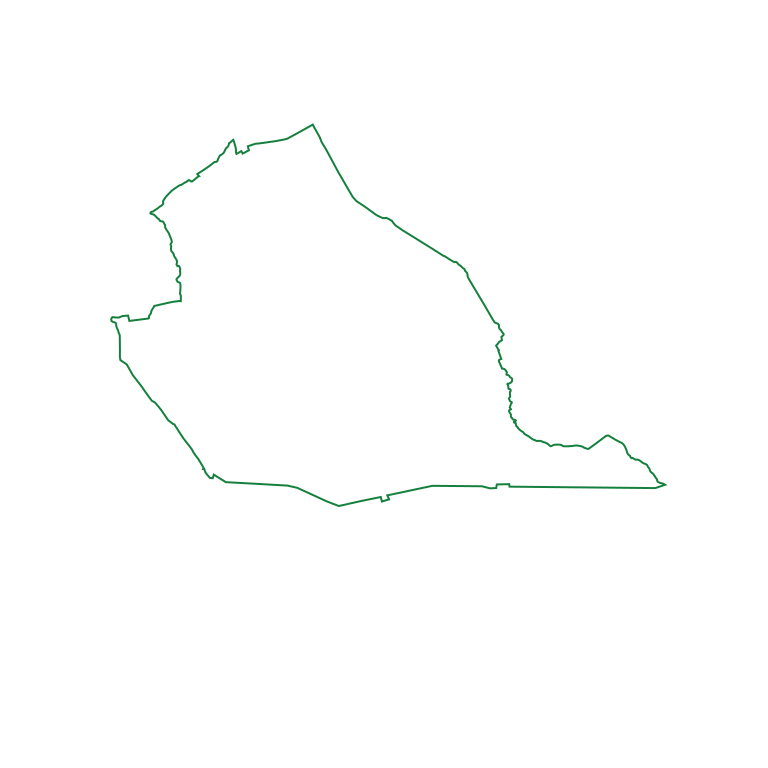 the district of Poieni-Solca, Suceava, Romania, rotated 214°
{"feature_id": "2599482B63167741030022", "entity_name": "Poieni-Solca", "entity_type": "district", "adm_level": 2, "iso_a3": "ROU", "parent_name": "Romania", "parent_adm1": "Suceava", "projection": "albers", "projection_center": [25.88, 47.689], "detail": "fine", "context": "isolated", "style": "outline", "palette": "green", "viewbox_px": 768, "rotation_deg": 214, "n_neighbors": 0, "source": "geoboundaries", "source_scale": "gbopen_adm2", "svg_char_len": 6152}
<svg xmlns="http://www.w3.org/2000/svg" viewBox="0 0 768 768"><g transform="rotate(214 384 384)"><path d="M615.9,256.4L608.3,256.4L602.8,253.7L597.0,250.8L584.4,246.7L575.3,243.2L567.2,240.3L565.6,240.4L563.6,240.6L562.2,240.2L559.5,239.5L554.0,237.8L542.7,233.3L536.6,232.9L535.0,233.3L533.9,232.6L530.9,231.5L527.9,230.1L524.5,228.7L519.8,226.7L510.8,223.8L506.6,222.3L504.0,220.9L500.1,219.3L496.3,218.1L490.8,215.6L487.6,214.1L486.5,213.1L486.4,212.5L485.7,213.2L482.4,210.7L476.0,208.8L473.3,210.1L474.4,213.7L460.2,214.2L435.8,228.8L407.2,245.8L397.9,249.4L365.2,254.8L353.2,257.6L338.5,273.2L323.5,288.5L320.0,285.4L315.3,291.2L319.0,293.5L287.0,326.6L245.6,354.0L237.9,356.7L232.8,360.5L234.3,363.8L224.2,371.0L222.5,369.1L100.9,449.4L94.6,457.6L96.7,457.5L100.0,456.3L101.9,456.0L102.7,456.1L103.8,456.9L104.4,457.6L107.0,458.5L110.5,460.0L113.8,460.3L114.9,460.8L116.3,462.0L117.0,462.4L118.6,462.8L119.8,463.5L120.7,464.0L122.7,463.9L124.7,463.3L127.9,463.5L130.5,463.5L131.5,463.1L133.1,462.0L134.1,461.8L136.6,461.7L137.3,461.0L138.2,461.0L140.1,462.0L142.0,462.1L143.7,462.8L146.3,465.0L149.2,466.8L151.3,467.7L154.1,468.2L155.7,467.8L158.1,467.5L161.4,467.2L169.2,466.8L171.0,465.1L171.3,464.0L175.4,452.1L178.1,444.7L178.8,444.1L182.4,443.1L184.4,443.1L187.6,441.9L189.7,440.9L191.8,439.3L193.4,437.7L194.9,436.7L196.0,435.7L198.3,434.1L200.3,432.8L201.3,432.6L202.9,432.6L204.0,432.2L206.8,430.4L208.2,429.4L209.4,428.2L210.0,427.0L210.5,426.1L211.1,425.6L211.7,425.5L212.6,425.7L214.3,425.9L215.6,425.9L218.3,425.4L219.4,424.9L219.7,424.7L221.2,424.7L222.3,424.4L223.8,423.5L225.6,422.1L226.8,421.9L227.9,421.8L228.9,421.4L230.5,421.3L232.5,421.4L234.6,421.5L236.2,421.4L238.3,421.2L239.8,421.2L240.3,421.3L241.4,421.9L243.4,421.8L245.7,421.9L247.0,422.2L247.8,422.2L248.9,422.9L250.5,423.1L251.1,423.3L251.7,424.0L252.3,424.4L252.7,425.0L253.1,425.3L253.6,425.3L254.0,424.9L254.4,424.8L255.0,425.0L255.1,425.4L254.6,426.5L254.2,427.2L254.3,427.5L254.8,427.6L255.4,427.4L257.6,426.7L258.3,427.1L258.9,427.4L259.8,427.5L260.4,427.8L261.3,429.0L262.0,429.9L262.9,430.2L264.1,430.7L264.5,431.0L265.2,431.4L265.3,431.8L265.5,432.5L265.2,433.2L264.7,433.8L264.6,434.0L264.9,434.2L265.6,434.5L266.0,434.6L266.7,435.0L267.1,436.5L267.4,437.8L267.6,438.4L267.6,439.3L267.5,439.8L267.9,440.3L268.8,440.3L269.8,440.2L270.6,440.6L271.1,441.1L272.2,441.6L272.4,442.0L272.4,442.9L272.2,443.7L272.3,444.0L272.6,444.6L273.5,445.4L274.7,447.2L275.0,447.7L275.2,448.5L275.1,449.2L275.9,450.0L276.7,450.2L277.6,449.8L278.2,449.8L278.7,450.2L279.5,451.4L280.0,452.0L280.8,452.5L281.7,452.9L281.7,453.3L280.9,454.1L280.3,454.7L279.5,456.4L279.4,457.5L279.5,458.1L280.0,458.9L280.3,459.6L280.7,459.9L281.2,460.1L282.1,460.2L282.6,460.2L283.2,460.1L284.0,460.5L284.3,460.7L285.1,460.8L285.8,460.8L286.8,460.5L287.1,460.4L287.7,460.3L288.0,460.8L288.4,461.9L288.6,462.4L289.8,462.9L291.0,463.5L292.4,463.7L293.5,463.5L294.1,463.2L294.5,462.8L295.1,462.9L295.5,463.3L297.3,464.5L298.7,465.3L300.1,466.3L301.0,466.7L301.9,467.6L302.0,468.3L301.3,469.7L301.0,470.1L300.8,470.3L303.1,472.1L307.0,474.9L307.7,475.4L307.5,476.1L308.3,476.6L309.3,476.9L309.7,477.1L311.5,477.9L312.5,478.5L312.1,481.5L312.1,483.3L310.7,486.2L313.0,488.7L312.3,491.4L312.8,492.4L314.7,492.9L317.2,494.0L319.0,494.3L320.3,495.1L321.6,497.1L323.3,497.7L324.4,497.4L326.6,496.9L329.7,498.2L344.7,505.5L371.4,518.0L374.5,519.7L376.2,521.6L377.5,522.6L380.1,523.2L381.7,524.3L383.3,524.2L385.9,524.7L389.2,524.8L391.0,525.4L392.4,525.5L393.1,525.2L393.5,524.6L393.9,524.4L395.0,524.2L399.6,524.0L405.2,523.9L405.8,523.7L406.3,523.5L423.7,523.0L454.7,521.8L463.2,521.9L467.1,523.0L468.7,523.7L469.3,523.8L469.8,523.5L471.8,523.6L473.3,523.2L474.3,523.2L474.9,523.1L476.8,521.5L477.6,521.0L478.1,520.8L480.9,520.3L484.8,519.8L492.9,520.1L497.9,520.3L509.1,520.2L514.5,521.6L522.3,525.3L540.4,534.1L563.2,546.1L570.9,549.6L575.2,552.6L585.9,558.0L588.1,559.2L595.8,544.0L601.3,533.4L602.7,531.7L609.6,524.8L620.7,514.8L625.0,511.2L629.8,505.0L628.3,503.5L626.7,502.2L630.0,496.0L632.5,497.3L634.9,492.3L636.2,493.2L638.5,496.4L640.9,498.5L644.2,501.3L645.6,502.1L646.5,498.3L647.1,497.0L646.3,494.9L646.1,493.7L646.4,492.5L646.8,491.2L646.7,489.6L646.3,487.8L646.2,485.7L646.7,483.9L647.2,482.8L647.8,481.6L647.7,480.1L647.4,478.0L647.2,477.3L646.9,476.1L646.8,475.6L647.3,474.4L648.7,473.2L650.3,468.1L651.9,463.8L656.2,453.6L653.5,452.9L654.0,452.3L655.5,447.3L656.3,444.7L657.0,444.1L658.2,444.2L659.4,443.9L659.9,444.0L660.9,440.9L661.5,440.1L662.8,437.2L663.2,436.0L664.6,434.4L666.5,429.8L668.0,425.8L668.9,421.0L669.5,417.4L669.5,412.9L669.2,411.6L668.0,410.4L667.8,409.4L668.0,408.0L668.8,406.3L669.2,405.3L670.0,402.6L672.0,397.9L673.4,396.1L673.3,395.1L672.7,394.8L671.9,394.9L669.8,395.7L666.8,395.4L666.3,395.2L665.2,394.9L663.9,394.8L662.3,394.7L661.2,394.0L660.7,394.0L659.2,394.5L658.6,395.0L657.8,395.0L657.0,394.7L655.9,393.9L654.7,393.6L653.9,392.7L653.2,391.6L650.5,390.2L646.8,388.7L641.9,385.4L640.0,383.9L639.3,383.1L639.2,382.8L639.2,382.1L639.1,380.4L638.5,379.9L637.7,379.5L637.3,379.0L636.7,377.8L635.9,376.4L634.7,375.4L633.0,374.9L631.2,374.2L630.0,373.1L629.0,372.4L627.8,372.0L626.5,371.4L625.8,371.0L624.8,370.6L624.2,369.8L623.5,368.7L623.1,367.7L622.9,367.1L621.9,366.6L621.5,366.3L620.8,366.4L620.3,367.1L619.5,367.0L618.8,366.6L617.5,365.7L616.8,364.8L616.4,363.5L615.4,362.6L614.7,361.7L614.0,360.3L613.9,359.2L614.0,358.6L614.4,357.2L614.7,355.2L614.5,354.6L613.9,354.1L612.3,353.3L612.0,353.3L611.3,353.5L610.1,353.8L609.5,353.7L609.2,353.4L608.0,352.1L607.2,351.1L603.5,344.7L603.0,344.3L602.1,343.9L601.4,343.1L598.8,339.0L600.3,338.2L604.5,334.5L607.9,331.1L618.1,320.2L617.9,319.2L617.9,317.8L617.9,316.7L617.8,315.8L617.6,314.1L616.9,312.5L616.8,312.2L616.8,309.2L616.7,308.7L615.8,307.3L615.7,307.0L615.9,306.6L622.5,300.8L630.4,293.9L634.4,297.6L638.8,294.1L640.9,290.9L643.8,289.0L646.5,287.6L646.7,286.1L646.1,284.8L645.1,283.8L643.6,283.9L641.6,284.5L639.9,284.4L638.5,282.5L636.8,281.1L635.2,280.2L634.0,279.4L632.8,278.2L631.2,277.3L630.1,276.3L622.4,265.2L618.1,258.7L615.9,256.4Z" fill="none" stroke="#15803d" stroke-width="2"/></g></svg>